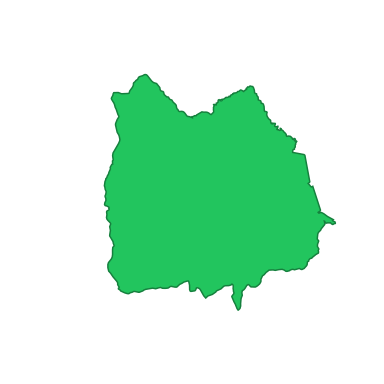 the State of Mato Grosso do Sul, rotated 146°
{"feature_id": "BRA-600", "entity_name": "Mato Grosso do Sul", "entity_type": "State", "adm_level": 1, "iso_a3": "BRA", "parent_name": "Brazil", "parent_adm1": "", "projection": "robinson", "projection_center": [-55.435, -20.619], "detail": "fine", "context": "isolated", "style": "filled", "palette": "green", "viewbox_px": 384, "rotation_deg": 146, "n_neighbors": 0, "source": "natural_earth", "source_scale": "10m", "svg_char_len": 5883}
<svg xmlns="http://www.w3.org/2000/svg" viewBox="0 0 384 384"><g transform="rotate(146 192 192)"><path d="M84.6,170.5L85.3,170.1L86.4,168.5L78.2,160.4L77.9,159.3L88.6,134.7L89.1,134.3L90.9,134.2L90.4,129.7L90.0,129.3L88.7,129.2L95.6,105.2L96.0,104.8L96.5,104.6L98.8,104.6L98.8,103.8L98.5,103.4L97.3,103.3L96.1,102.5L94.9,100.3L93.3,95.8L90.3,90.1L91.3,90.0L91.4,89.3L90.2,87.3L90.5,86.1L90.8,85.8L91.7,86.2L93.4,86.3L94.2,87.6L94.4,89.1L95.3,89.5L96.8,90.6L97.8,90.9L98.5,91.8L98.6,92.3L98.4,93.5L98.6,93.8L99.6,91.3L100.3,90.8L105.5,89.2L106.5,88.5L107.2,88.3L109.4,87.9L111.0,87.1L114.3,83.2L114.5,82.6L114.3,81.0L114.4,80.5L117.0,78.6L118.4,76.9L118.6,75.4L118.7,73.8L120.1,72.9L120.6,71.5L121.4,70.7L124.2,70.9L128.7,70.5L129.7,70.2L131.2,70.7L132.3,70.6L133.4,70.1L134.0,69.4L135.1,69.6L135.5,69.4L137.1,67.5L138.0,66.9L141.8,65.9L144.2,66.3L144.8,66.8L145.8,68.6L150.5,70.2L151.6,71.5L152.4,71.9L154.3,72.4L155.0,72.2L157.4,73.0L158.2,73.5L158.6,74.0L159.2,75.7L160.5,77.5L163.4,79.1L166.8,80.5L168.4,82.1L171.9,84.2L173.9,83.9L175.2,84.0L178.4,83.1L180.4,83.1L183.7,81.1L184.7,79.5L185.6,78.8L187.3,78.0L190.2,77.6L192.1,77.7L192.8,77.9L196.2,80.4L196.4,81.0L196.7,83.1L197.0,83.7L197.4,83.9L198.9,83.9L202.1,82.4L203.6,82.0L205.5,82.0L207.0,80.6L208.1,78.2L210.3,76.7L211.2,75.9L214.1,72.3L215.4,70.3L217.4,68.6L219.6,68.2L219.9,68.5L219.8,70.4L218.8,75.0L218.6,77.4L217.5,83.0L217.0,83.4L214.5,84.2L213.6,84.9L213.2,86.4L212.4,87.8L212.0,88.8L210.3,91.1L210.0,92.2L210.4,93.3L211.5,93.1L213.8,93.8L217.0,95.8L218.3,96.1L222.2,95.5L226.8,96.3L227.7,96.1L228.1,95.8L232.4,95.7L236.9,96.9L239.9,96.4L240.3,99.3L239.7,106.5L239.9,107.8L240.5,108.9L241.2,109.7L241.9,110.0L243.9,108.7L244.9,108.5L248.5,110.2L248.9,110.9L248.6,112.3L246.1,116.2L244.9,119.2L244.8,120.2L245.7,120.8L249.2,121.9L251.4,121.9L253.8,122.3L257.6,121.7L258.0,121.8L259.3,122.7L262.1,125.5L263.1,125.8L265.2,125.7L266.0,126.0L267.9,127.0L270.3,128.7L271.5,130.5L273.2,131.2L276.2,132.1L278.4,134.3L284.8,137.2L286.6,137.6L288.0,137.5L291.6,138.3L292.3,138.7L295.0,141.5L295.8,142.1L297.9,142.4L299.3,143.0L300.9,143.0L301.7,143.3L302.6,144.1L304.2,146.1L306.5,149.9L306.4,150.8L307.2,152.7L306.8,153.4L305.9,153.5L305.6,153.9L305.5,156.2L305.3,157.0L304.5,158.1L304.3,159.1L304.3,160.2L304.9,165.8L304.9,170.3L305.3,173.0L304.1,176.2L302.3,178.9L300.7,180.2L296.5,181.5L294.6,182.6L292.8,184.6L290.2,188.5L288.6,190.4L287.0,190.8L286.5,191.2L285.9,193.6L285.2,195.0L284.8,201.5L284.5,202.1L281.1,205.8L279.6,209.3L277.5,210.8L277.1,211.3L277.0,212.3L277.6,215.5L277.7,217.0L277.2,218.6L275.2,220.8L274.0,223.2L273.5,223.6L273.0,223.8L271.3,223.6L270.7,223.7L270.3,224.2L270.1,225.0L269.6,225.2L269.5,226.2L270.9,228.8L271.3,228.9L271.6,229.4L271.5,230.5L270.4,231.7L268.0,233.2L267.0,235.0L266.7,236.6L266.2,237.4L264.8,238.3L263.2,240.0L262.9,240.5L262.5,242.7L261.5,244.8L261.2,246.1L258.1,249.5L257.0,250.1L256.0,251.2L254.7,251.5L253.0,252.8L251.3,253.5L249.8,254.8L246.8,256.7L246.0,258.2L243.5,259.5L243.0,259.7L242.5,259.7L242.2,259.5L240.6,262.2L239.4,262.6L237.5,266.5L235.6,268.5L225.7,273.3L223.4,274.8L222.4,275.9L221.2,278.8L220.8,280.2L220.6,283.4L217.9,290.4L217.0,291.5L213.5,293.9L210.8,295.1L210.2,295.8L210.1,297.5L208.6,302.9L208.3,305.1L207.3,308.0L207.0,309.5L206.9,312.8L206.7,314.4L206.0,315.1L203.5,316.4L202.6,317.4L201.3,318.1L197.5,315.7L195.7,313.1L195.1,312.6L189.7,309.3L188.9,309.1L187.1,310.6L182.9,312.1L180.9,313.3L179.8,314.8L179.3,315.1L177.6,315.3L176.1,315.8L174.1,315.8L172.2,316.9L171.1,317.0L167.8,316.0L165.9,315.9L164.9,315.4L164.2,314.6L163.9,313.6L163.4,306.5L162.7,304.2L160.7,301.7L160.3,296.6L161.2,294.6L161.2,293.4L160.9,292.7L159.9,291.6L159.7,290.8L160.5,288.5L160.5,287.9L159.7,284.9L158.8,284.3L158.5,283.8L158.6,281.8L158.5,281.1L157.3,279.5L157.4,277.0L156.7,274.2L156.6,272.8L157.6,270.6L157.9,269.4L157.6,268.2L157.8,267.0L157.7,266.2L157.5,265.8L155.4,264.6L154.5,263.7L154.0,262.5L153.8,261.2L153.7,258.0L153.4,257.2L151.8,255.7L150.2,253.4L149.8,254.4L149.2,254.0L147.2,253.8L145.8,252.9L145.0,253.3L139.0,252.9L137.5,251.5L135.7,250.4L134.7,249.4L134.0,248.2L133.2,245.9L132.8,245.5L129.5,246.1L128.9,246.8L128.2,248.3L127.7,248.7L127.2,249.8L125.0,251.5L125.3,252.1L125.2,252.4L124.7,252.3L123.6,251.0L123.1,250.7L122.5,251.7L122.2,252.0L121.8,251.7L120.8,252.0L120.1,251.9L119.0,253.4L118.6,253.5L117.9,253.4L117.5,252.0L117.1,251.5L116.7,252.4L115.8,252.1L115.3,252.1L115.1,252.0L115.2,251.4L114.8,251.6L113.7,251.3L112.1,251.3L111.3,251.5L110.6,251.3L110.4,250.9L109.1,250.4L108.6,250.3L107.7,250.6L107.2,249.7L106.8,249.8L106.0,250.5L105.4,250.6L103.5,250.2L103.2,250.7L102.1,250.4L101.8,250.6L100.8,249.9L99.3,249.4L97.8,249.7L96.8,249.1L95.1,249.4L94.5,249.3L93.7,248.1L93.2,246.6L92.9,246.4L92.1,246.8L90.6,246.6L90.0,246.8L89.4,246.7L89.4,247.3L88.8,247.6L88.1,247.5L87.2,248.0L86.3,247.2L85.2,247.5L84.2,247.1L83.5,246.1L82.7,245.5L82.7,244.0L83.4,241.5L84.6,239.3L84.4,238.4L83.6,237.3L84.3,235.8L84.1,233.8L85.5,231.3L84.3,229.5L84.1,228.9L85.0,226.7L84.1,226.1L83.8,225.5L83.8,224.7L84.4,222.7L86.5,219.1L86.7,218.2L85.9,217.6L85.2,216.6L85.2,216.1L86.2,215.1L87.0,214.0L87.4,212.4L87.5,210.7L87.3,209.0L86.8,207.9L86.8,207.4L87.6,206.0L87.9,205.1L87.9,204.3L87.3,203.7L87.2,204.4L85.5,202.9L84.8,202.5L84.7,202.1L85.0,201.7L86.6,200.5L86.5,199.8L85.6,198.9L84.2,198.6L84.0,198.4L85.3,197.1L86.0,196.9L86.6,196.4L86.5,196.1L85.5,195.2L85.1,194.2L84.6,193.9L84.1,193.8L83.7,194.1L83.4,195.3L83.2,195.4L82.7,194.7L82.9,193.2L82.3,192.1L82.2,190.3L81.9,189.5L81.7,187.6L81.8,186.9L82.3,185.8L82.3,185.2L80.5,184.3L79.3,183.1L78.9,181.6L78.8,180.6L79.1,179.6L78.9,179.3L78.5,178.8L78.2,178.9L77.6,179.3L77.0,178.9L76.8,178.2L77.0,177.6L78.2,177.1L78.1,176.8L77.6,176.1L76.9,175.9L76.9,175.3L78.7,174.6L79.2,173.7L80.2,173.2L81.2,171.6L82.7,171.0L83.2,170.2L84.6,170.5Z" fill="#22c55e" stroke="#15803d" stroke-width="1.5"/></g></svg>